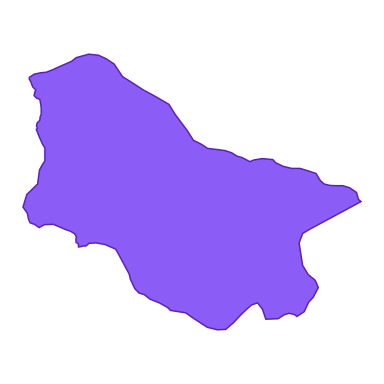 Edu, Kwara, Nigeria (Mercator projection)
{"feature_id": "59680162B33186191897384", "entity_name": "Edu", "entity_type": "district", "adm_level": 2, "iso_a3": "NGA", "parent_name": "Nigeria", "parent_adm1": "Kwara", "projection": "mercator", "projection_center": [5.13, 8.931], "detail": "fine", "context": "isolated", "style": "filled", "palette": "violet", "viewbox_px": 384, "rotation_deg": 0, "n_neighbors": 0, "source": "geoboundaries", "source_scale": "gbopen_adm2", "svg_char_len": 1860}
<svg xmlns="http://www.w3.org/2000/svg" viewBox="0 0 384 384"><path d="M294.4,314.5L296.9,316.5L304.3,311.6L308.6,302.3L313.3,297.2L318.3,287.6L315.2,280.3L308.1,274.5L302.6,265.3L299.1,243.0L302.7,233.4L311.3,228.4L361.0,201.6L358.5,199.4L356.5,192.5L349.5,187.7L342.9,185.7L335.8,185.7L329.8,185.4L324.1,184.0L320.4,180.6L317.8,176.5L316.1,173.5L310.1,171.5L305.7,170.1L300.0,168.4L291.6,168.4L283.3,166.4L275.6,162.7L272.9,159.6L262.2,158.6L254.2,159.9L249.8,161.6L242.1,157.6L237.1,156.2L231.7,152.8L224.7,150.5L216.0,149.4L207.6,148.4L201.6,144.4L193.4,140.3L187.4,130.8L175.0,114.2L169.0,104.4L154.9,96.2L143.6,90.1L142.9,89.7L132.2,82.7L123.9,77.5L122.5,76.6L114.1,64.0L106.4,58.9L98.4,55.2L88.7,54.2L84.0,55.5L76.3,57.6L71.6,61.3L61.6,65.7L52.5,69.8L46.5,72.2L40.5,72.8L34.1,74.2L29.4,77.3L29.2,79.0L30.8,81.7L31.8,84.7L33.1,87.4L35.8,89.8L34.8,92.2L34.1,95.6L36.8,98.3L39.8,99.3L40.8,104.7L41.2,108.1L41.2,111.8L41.2,114.5L40.2,116.6L39.8,120.3L37.1,123.0L36.5,126.1L37.5,128.1L36.3,129.4L39.1,136.5L42.4,143.9L44.9,148.1L44.9,155.9L44.9,160.9L42.4,164.6L39.5,170.0L37.6,184.0L26.8,194.5L23.0,207.1L27.4,213.4L28.5,219.2L30.1,222.8L34.8,224.5L39.1,227.6L44.5,224.6L53.4,224.3L60.6,227.4L65.7,229.6L70.6,231.3L74.7,233.8L76.5,237.2L75.9,238.7L76.1,242.5L77.5,243.1L78.4,244.3L78.4,245.3L78.4,245.7L78.6,246.2L78.6,246.4L78.5,246.7L78.5,247.0L81.7,246.5L83.7,245.8L85.3,246.2L86.9,245.3L89.0,243.3L96.0,242.9L105.0,244.5L115.6,249.1L118.5,254.1L129.1,273.9L129.7,276.4L130.4,279.3L134.9,288.8L138.6,292.6L138.9,293.0L144.3,294.6L150.0,299.2L159.4,302.9L167.6,307.5L170.4,310.4L185.6,312.8L193.3,318.2L207.3,327.3L217.5,329.8L225.7,329.4L233.4,322.8L240.8,314.9L243.6,312.2L247.3,308.7L251.4,305.0L255.3,303.7L257.6,302.9L262.5,309.3L265.8,319.2L278.2,318.7L283.9,314.9L288.9,313.3L294.4,314.5Z" fill="#8b5cf6" stroke="#5b21b6" stroke-width="1.5"/></svg>